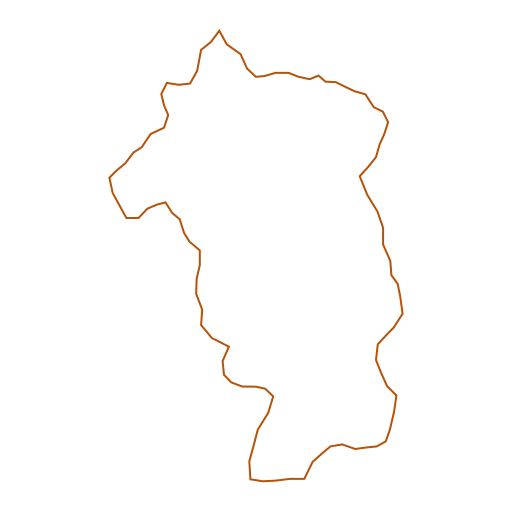 the district of Rodeiro, Minas Gerais, Brazil
{"feature_id": "56859067B62126543827478", "entity_name": "Rodeiro", "entity_type": "district", "adm_level": 2, "iso_a3": "BRA", "parent_name": "Brazil", "parent_adm1": "Minas Gerais", "projection": "equal_earth", "projection_center": [-42.844, -21.213], "detail": "fine", "context": "isolated", "style": "outline", "palette": "amber", "viewbox_px": 512, "rotation_deg": 0, "n_neighbors": 0, "source": "geoboundaries", "source_scale": "gbopen_adm2", "svg_char_len": 1328}
<svg xmlns="http://www.w3.org/2000/svg" viewBox="0 0 512 512"><path d="M365.3,447.6L376.9,446.4L385.8,441.3L389.9,429.6L394.1,411.7L396.4,395.5L387.0,386.0L381.1,372.9L376.0,360.0L377.8,344.3L386.3,335.1L393.7,327.6L402.6,313.7L400.2,296.5L397.7,283.9L391.4,275.2L390.3,260.9L383.1,244.6L383.1,227.9L377.5,211.6L367.3,194.9L359.7,176.2L368.1,167.0L376.0,157.1L379.6,144.5L384.3,134.0L388.1,122.2L382.9,111.7L373.7,107.1L365.4,94.3L354.2,91.1L344.6,86.5L335.7,82.1L325.6,81.7L318.5,75.6L309.7,79.2L298.5,76.8L288.7,72.9L275.3,72.9L264.3,76.1L255.8,76.8L247.1,68.6L240.6,54.2L226.7,44.3L219.3,30.7L211.0,41.9L201.1,49.9L197.1,71.0L190.0,83.6L178.5,84.8L166.9,82.9L161.3,94.0L164.0,105.2L168.2,115.1L164.0,127.7L150.6,134.0L141.8,147.1L133.5,152.5L125.2,163.4L116.3,170.7L109.4,177.7L112.7,193.0L119.2,204.9L126.4,218.0L138.5,218.0L147.4,208.7L156.1,204.9L165.5,202.4L172.3,213.1L179.7,219.2L184.1,233.0L189.5,241.7L199.8,250.4L199.8,265.2L196.6,279.1L196.2,293.9L202.2,309.6L201.1,325.1L211.9,338.0L228.9,346.7L222.6,361.0L224.0,374.8L231.3,382.4L242.1,386.5L256.0,386.7L265.2,388.7L273.2,396.4L268.3,412.7L257.8,429.6L253.1,447.6L249.3,461.2L250.4,479.3L262.9,481.3L275.9,480.6L289.8,478.9L304.3,478.9L312.6,461.9L322.3,453.2L330.5,446.4L342.2,444.4L355.2,449.0L365.3,447.6Z" fill="none" stroke="#b45309" stroke-width="2"/></svg>